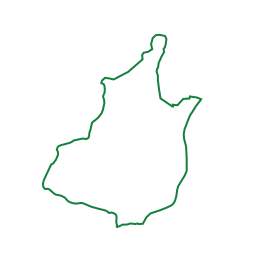 Hayfan, Ta`izz, Yemen (Equal Earth projection), rotated 15°
{"feature_id": "15242507B40276066562734", "entity_name": "Hayfan", "entity_type": "district", "adm_level": 2, "iso_a3": "YEM", "parent_name": "Yemen", "parent_adm1": "Ta`izz", "projection": "equal_earth", "projection_center": [44.261, 13.291], "detail": "fine", "context": "isolated", "style": "outline", "palette": "green", "viewbox_px": 256, "rotation_deg": 15, "n_neighbors": 0, "source": "geoboundaries", "source_scale": "gbopen_adm2", "svg_char_len": 3480}
<svg xmlns="http://www.w3.org/2000/svg" viewBox="0 0 256 256"><g transform="rotate(15 128 128)"><path d="M92.7,130.9L91.9,132.3L92.1,137.9L92.2,138.8L91.9,142.3L92.4,145.2L92.4,146.7L92.4,147.7L90.9,149.2L90.7,149.4L86.9,149.9L80.4,153.3L79.7,153.6L78.5,154.3L78.3,154.7L78.2,154.9L77.0,156.3L74.8,157.9L73.6,158.5L72.5,159.2L71.9,159.5L71.4,159.9L69.9,160.7L68.5,161.4L66.2,163.0L65.1,164.4L64.8,167.3L66.1,168.6L67.4,171.6L66.6,177.3L64.9,181.6L63.2,183.2L61.0,195.5L60.4,199.1L60.2,200.3L60.3,203.9L60.4,204.6L61.6,206.8L61.6,207.0L62.7,207.8L63.2,208.2L64.4,208.3L65.5,207.6L66.4,207.5L68.0,207.7L69.4,208.4L69.5,208.5L70.2,208.8L70.3,208.9L73.7,210.5L74.0,210.6L75.4,211.0L75.7,211.0L77.0,210.9L81.1,210.7L84.1,211.4L84.3,211.4L84.7,211.5L85.3,211.8L85.8,212.1L86.2,212.4L87.7,213.4L88.0,213.6L89.6,214.4L93.2,214.9L96.3,214.7L96.5,214.6L97.3,214.4L98.2,214.1L99.7,213.6L100.6,213.2L101.4,212.8L102.8,212.4L104.9,212.4L108.1,212.9L113.4,213.6L120.3,213.6L123.4,213.6L124.6,213.5L124.8,213.5L126.0,213.5L128.7,213.7L130.4,214.4L131.0,214.6L131.3,214.9L131.9,214.9L132.7,214.6L133.1,214.2L133.7,214.0L134.3,213.9L134.9,213.9L135.6,213.9L136.8,214.1L138.3,214.7L139.2,215.4L139.9,216.7L140.3,218.4L140.7,220.6L141.0,222.0L141.5,222.8L141.8,223.5L142.0,223.8L142.5,224.6L142.5,225.1L142.5,225.9L143.1,226.4L144.1,225.8L145.4,224.8L146.1,224.3L146.7,223.7L147.6,222.8L148.2,222.6L148.9,222.6L150.2,222.0L152.1,221.5L153.8,220.4L154.0,220.3L154.6,219.8L155.8,219.4L156.7,219.4L158.7,219.0L160.2,218.8L162.0,217.7L162.7,217.9L163.3,218.0L165.6,217.2L167.1,216.7L168.1,212.7L168.9,209.4L170.9,206.2L171.9,204.6L172.1,204.5L172.9,204.0L180.5,199.0L183.9,196.4L185.4,195.4L186.3,194.6L189.5,191.9L190.9,190.2L191.7,188.4L192.3,185.8L192.2,180.2L191.5,174.8L191.5,171.4L193.4,165.0L195.0,159.6L195.4,157.2L195.8,154.2L194.0,147.5L193.0,143.8L192.6,142.2L191.4,138.6L191.1,137.7L189.4,132.5L189.3,132.1L189.0,131.3L188.9,130.8L188.1,129.4L187.9,129.1L187.7,128.8L187.6,128.6L186.5,126.5L186.1,126.0L185.6,125.0L185.0,124.0L184.7,123.1L184.2,121.8L183.4,119.4L183.4,119.2L183.3,118.5L183.0,114.5L183.0,114.0L183.2,112.2L183.4,110.6L183.8,106.4L184.2,102.8L184.8,99.1L186.1,95.5L186.2,95.3L186.4,94.4L186.6,93.9L187.9,89.4L189.1,86.5L190.9,82.2L191.2,81.3L188.8,81.0L186.7,80.7L179.6,81.5L179.8,83.6L173.8,85.6L169.9,93.2L165.3,93.9L166.0,95.5L165.2,95.7L151.7,91.0L149.2,85.3L148.0,82.7L146.0,77.8L145.2,75.7L144.7,74.7L144.3,73.5L144.1,72.9L143.6,70.6L143.4,70.1L143.3,69.6L141.5,66.9L141.0,66.2L140.9,64.6L140.8,63.5L141.4,61.8L140.8,57.3L140.8,56.9L141.5,53.0L141.8,50.7L143.2,45.3L141.9,42.6L142.7,40.5L142.7,37.7L142.7,36.4L142.2,33.2L142.0,32.1L140.5,30.1L140.1,29.6L139.8,29.6L139.7,29.6L138.7,29.6L138.1,29.6L134.2,29.9L133.6,30.1L131.9,30.7L131.1,31.0L130.8,31.2L129.9,32.7L128.6,34.7L128.6,41.2L130.3,44.3L131.0,45.6L130.9,45.7L127.7,49.2L127.5,49.3L126.9,49.6L123.6,51.3L123.4,51.9L122.8,53.6L123.6,56.2L124.3,57.9L122.5,60.6L122.2,61.0L121.3,62.4L120.8,63.2L119.2,65.5L117.5,68.0L117.0,68.8L116.9,69.0L116.6,69.4L114.8,72.0L113.8,73.5L113.7,73.7L111.2,76.0L110.9,76.2L110.7,76.4L109.7,77.3L103.6,83.0L103.2,83.4L103.0,83.6L101.6,84.8L99.3,84.9L98.4,84.9L97.5,84.9L94.4,85.3L93.7,85.3L92.9,85.4L90.9,88.4L90.6,88.9L90.6,89.0L90.6,91.5L93.2,92.0L94.2,93.1L95.5,96.3L96.2,99.8L95.7,103.5L96.2,104.9L97.6,106.9L98.7,110.0L98.9,112.6L98.9,114.1L99.1,116.3L98.7,120.5L97.3,123.9L96.5,125.7L93.8,129.7L93.2,130.0L92.7,130.9Z" fill="none" stroke="#15803d" stroke-width="2"/></g></svg>